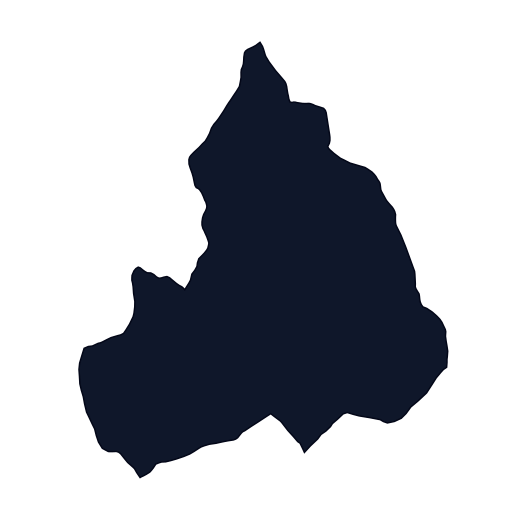 the district of Katsho, Ha, Bhutan, rotated 356°
{"feature_id": "84629894B80124152926189", "entity_name": "Katsho", "entity_type": "district", "adm_level": 2, "iso_a3": "BTN", "parent_name": "Bhutan", "parent_adm1": "Ha", "projection": "equal_earth", "projection_center": [89.286, 27.406], "detail": "fine", "context": "isolated", "style": "filled", "palette": "ink", "viewbox_px": 512, "rotation_deg": 356, "n_neighbors": 0, "source": "geoboundaries", "source_scale": "gbopen_adm2", "svg_char_len": 4000}
<svg xmlns="http://www.w3.org/2000/svg" viewBox="0 0 512 512"><g transform="rotate(356 256 256)"><path d="M89.3,437.1L91.8,438.7L95.0,440.7L96.4,440.9L99.4,441.1L103.0,441.2L105.3,442.1L107.2,443.8L111.1,449.5L113.6,453.0L118.6,458.1L120.0,459.7L121.9,463.7L124.9,468.9L126.5,468.1L128.2,467.5L131.3,466.1L134.9,464.2L136.5,462.7L138.7,460.3L141.5,456.6L144.5,455.6L147.4,454.9L151.5,455.0L156.8,454.1L162.4,452.9L170.0,450.9L176.0,448.9L180.4,446.7L185.8,443.7L188.0,442.6L191.0,441.7L196.4,440.5L203.1,440.0L208.4,439.2L212.1,438.7L215.7,438.3L220.7,437.9L223.0,437.2L225.0,436.0L226.8,434.0L229.1,431.5L230.4,430.4L232.6,429.5L239.5,425.5L247.0,421.4L255.0,416.9L259.7,414.3L262.9,417.2L268.8,422.3L270.0,423.8L275.6,432.2L280.8,438.8L284.7,444.1L286.9,445.8L289.2,451.5L290.6,455.3L297.0,449.2L304.8,442.8L308.4,438.5L313.5,435.5L318.4,431.4L320.5,428.5L325.9,424.5L332.0,419.5L336.1,418.5L337.5,419.0L341.9,420.7L347.8,422.7L358.4,425.2L368.5,427.9L371.5,430.0L375.4,431.7L382.5,430.7L389.6,428.0L394.7,423.6L399.9,417.4L408.0,411.5L416.6,404.5L422.6,396.5L427.3,390.1L432.0,385.2L435.0,382.3L438.4,380.3L439.1,375.4L439.3,372.3L439.8,369.7L440.6,364.3L440.2,359.1L439.7,354.2L439.4,349.3L439.6,347.6L440.0,344.7L439.7,342.5L438.2,338.7L436.9,335.3L435.1,332.1L432.3,328.7L428.0,324.3L422.7,320.2L418.9,318.4L417.5,316.0L416.6,313.3L416.3,310.9L416.2,307.4L416.0,305.2L414.2,301.8L413.2,299.7L412.7,297.8L413.0,294.9L413.1,290.2L413.2,285.2L413.1,282.3L411.9,278.2L406.1,258.0L402.0,245.2L400.4,241.4L398.0,235.6L397.6,233.9L397.5,232.1L397.6,229.5L397.8,226.7L398.1,224.5L397.5,221.4L396.7,219.3L395.4,216.9L392.5,213.2L390.4,210.3L389.5,208.7L387.5,204.3L385.6,200.2L385.1,198.4L384.9,193.9L384.7,192.0L383.9,190.2L382.5,187.9L381.3,185.3L379.7,182.9L377.5,180.3L373.7,177.3L370.9,175.3L365.7,173.4L356.1,169.8L350.5,166.4L347.0,164.4L340.8,159.0L338.5,156.6L337.0,155.1L335.8,153.5L335.2,151.8L337.0,148.7L337.8,145.9L338.0,142.7L337.9,140.3L337.3,133.5L336.3,121.7L336.0,118.0L335.3,115.5L333.7,113.4L330.3,112.0L328.5,111.3L325.4,110.1L323.6,109.0L321.1,107.9L319.5,107.5L316.0,107.4L313.1,107.1L310.8,106.6L307.7,105.9L305.9,105.3L304.2,105.1L302.6,105.4L300.6,104.7L299.7,101.7L299.4,98.6L299.0,96.2L298.6,92.0L298.4,89.1L297.8,86.1L296.9,84.0L293.8,79.7L288.5,72.6L282.5,63.2L279.7,57.7L279.2,56.1L277.9,50.2L277.1,47.4L274.9,43.1L273.0,44.3L270.6,45.9L267.5,47.3L262.0,49.4L259.8,50.9L258.7,52.6L257.8,56.6L257.3,60.6L256.8,63.6L255.8,66.3L254.4,68.9L253.9,71.7L253.6,76.8L252.6,80.9L251.3,85.7L249.6,88.1L248.2,90.1L245.2,93.9L241.7,98.5L239.5,101.2L237.4,104.0L234.0,108.9L228.3,116.3L226.1,118.8L223.2,121.7L220.5,125.4L218.3,130.4L215.6,134.8L213.3,138.0L210.6,140.2L206.8,143.8L201.3,148.2L198.2,151.0L196.7,152.8L195.8,155.2L195.6,159.6L196.5,163.5L198.0,168.7L198.9,172.9L199.7,179.0L200.1,181.4L201.2,183.6L203.0,184.6L204.3,185.8L206.2,189.0L207.7,193.0L208.8,196.7L209.7,198.6L210.2,200.8L210.5,202.7L210.1,204.9L208.9,207.4L206.7,210.9L205.4,214.1L204.5,218.2L204.3,221.4L205.0,224.9L206.0,227.1L206.9,229.7L208.3,233.4L209.5,237.8L209.9,239.7L209.5,241.6L208.5,244.8L207.3,246.6L204.6,249.6L201.7,252.2L198.8,254.7L197.1,258.8L196.4,262.3L193.9,266.1L190.8,269.6L189.0,275.5L187.1,278.5L183.8,283.0L182.6,284.7L181.5,283.2L179.8,281.5L177.3,280.0L174.6,277.8L172.0,275.3L170.1,273.5L168.3,271.7L165.7,270.3L162.5,270.7L160.0,271.3L157.6,271.4L155.3,270.0L152.8,267.4L149.9,265.6L146.3,265.2L144.0,263.7L141.9,261.9L139.7,259.8L137.7,258.9L135.3,260.2L133.2,262.4L131.0,266.7L130.7,269.1L130.5,271.6L131.0,274.3L131.3,278.2L131.3,284.7L132.0,293.0L131.5,298.3L130.3,304.6L129.2,308.0L125.1,315.2L121.2,320.6L118.5,324.0L115.4,325.3L112.6,325.8L107.2,327.0L105.8,327.3L101.3,329.1L96.7,331.1L94.6,331.8L92.5,332.1L86.5,334.4L82.4,334.6L78.1,336.1L75.4,343.1L72.6,350.5L71.5,356.8L71.5,363.8L71.4,371.3L72.4,377.6L73.9,384.3L74.7,391.5L76.1,399.9L78.1,404.9L81.1,412.6L83.0,417.2L84.2,424.0L85.9,430.6L89.3,437.1Z" fill="#0f172a" stroke="#020617" stroke-width="1.5"/></g></svg>